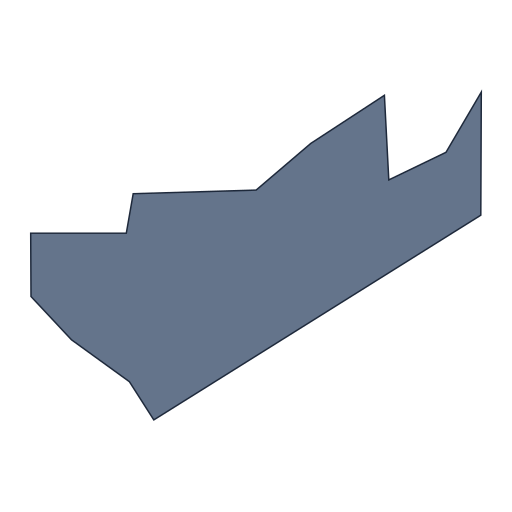 outline of Blowing Point
{"feature_id": "AIA-5114", "entity_name": "Blowing Point", "entity_type": "District", "adm_level": 1, "iso_a3": "AIA", "parent_name": "Anguilla", "parent_adm1": "", "projection": "mercator", "projection_center": [-63.087, 18.194], "detail": "fine", "context": "isolated", "style": "filled", "palette": "slate", "viewbox_px": 512, "rotation_deg": 0, "n_neighbors": 0, "source": "natural_earth", "source_scale": "10m", "svg_char_len": 307}
<svg xmlns="http://www.w3.org/2000/svg" viewBox="0 0 512 512"><path d="M480.8,215.2L153.8,419.9L129.4,381.7L71.5,339.8L31.0,296.5L30.7,233.2L126.3,233.2L133.2,193.7L256.1,190.1L310.8,143.4L384.4,95.3L388.8,179.9L446.0,152.3L481.3,92.1L480.8,215.2Z" fill="#64748b" stroke="#1e293b" stroke-width="1.5"/></svg>